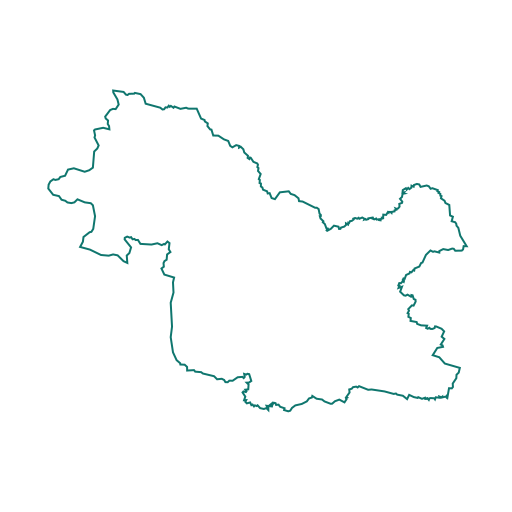 Mueang Sa Kaeo, Sa Kaeo, Thailand (Robinson projection), rotated 275°
{"feature_id": "78962969B70177105143831", "entity_name": "Mueang Sa Kaeo", "entity_type": "district", "adm_level": 2, "iso_a3": "THA", "parent_name": "Thailand", "parent_adm1": "Sa Kaeo", "projection": "robinson", "projection_center": [102.097, 13.939], "detail": "fine", "context": "isolated", "style": "outline", "palette": "teal", "viewbox_px": 512, "rotation_deg": 275, "n_neighbors": 0, "source": "geoboundaries", "source_scale": "gbopen_adm2", "svg_char_len": 6117}
<svg xmlns="http://www.w3.org/2000/svg" viewBox="0 0 512 512"><g transform="rotate(275 256 256)"><path d="M131.7,459.0L141.1,459.8L141.2,462.6L142.7,463.6L146.1,463.1L151.7,466.2L155.2,466.1L157.5,468.1L162.3,468.8L165.3,453.5L171.1,447.4L172.6,440.7L180.2,444.6L181.8,450.2L183.2,449.6L183.9,447.8L189.8,450.9L191.8,448.0L197.3,450.0L199.7,447.2L201.5,441.6L201.5,440.5L199.8,440.2L198.7,438.1L198.6,436.0L199.6,435.0L198.5,433.4L199.1,431.8L201.5,432.5L201.3,426.5L202.4,422.5L204.2,421.8L204.8,415.6L207.7,415.6L208.7,413.1L211.7,413.2L212.3,412.0L214.8,413.2L216.3,412.3L220.4,415.6L220.3,417.3L224.5,419.0L226.3,418.7L226.9,416.9L230.5,415.4L230.6,414.5L229.4,415.0L228.9,414.1L230.7,410.3L229.5,408.5L229.7,406.8L233.0,402.7L238.1,404.1L236.6,400.8L238.9,401.5L239.1,400.4L241.5,401.1L241.5,402.7L243.7,404.5L243.1,405.4L244.1,405.6L245.0,404.3L246.5,404.9L246.2,406.1L250.2,407.2L252.0,410.4L253.6,410.8L253.3,412.3L255.8,414.0L255.4,414.9L257.4,415.1L259.7,419.6L263.4,421.1L264.0,422.4L271.9,425.2L276.7,429.3L275.6,432.0L276.2,433.3L275.4,438.3L276.9,438.2L279.2,441.9L278.7,446.9L280.5,450.8L280.4,452.4L278.6,454.0L279.3,460.5L280.6,461.7L283.9,462.0L284.1,465.0L294.0,457.7L301.7,455.1L303.7,453.1L305.5,452.7L307.0,451.5L307.7,447.9L312.3,448.7L313.3,445.8L323.7,444.1L325.3,440.1L327.5,439.0L329.6,435.2L331.8,435.6L332.2,434.4L334.0,434.2L334.7,432.4L335.7,432.8L336.3,431.1L337.5,431.3L338.9,425.8L338.2,424.1L340.5,422.1L341.1,419.9L339.2,413.9L341.5,412.4L341.8,410.0L340.5,407.2L338.8,407.0L339.6,404.8L337.6,404.8L336.0,403.0L337.1,401.7L335.2,400.3L336.6,399.4L334.5,396.5L331.8,396.4L332.3,398.0L331.4,397.5L331.2,398.3L330.7,396.6L327.5,396.3L325.5,394.5L322.9,397.0L321.7,396.9L320.4,394.2L317.7,394.7L315.9,393.5L315.1,392.3L315.5,391.0L314.3,391.7L313.6,390.1L312.5,390.1L311.8,387.4L310.7,387.3L311.6,386.1L311.5,384.6L310.7,384.4L311.3,383.6L308.3,382.1L308.3,379.2L305.6,379.3L305.3,378.3L304.5,379.0L303.7,377.0L302.4,377.0L302.5,375.4L303.3,375.2L302.8,373.0L303.8,372.4L302.8,370.6L303.3,369.1L303.7,369.5L304.5,369.0L303.3,364.6L302.5,364.6L301.7,362.5L302.4,361.8L301.8,360.7L302.5,360.9L303.6,358.5L302.1,355.7L303.0,354.9L302.0,353.6L302.5,351.4L301.7,349.7L300.9,350.1L299.3,348.3L298.9,346.6L296.9,345.8L297.2,345.0L295.3,344.9L296.3,342.8L294.8,343.0L293.0,341.4L291.7,338.2L290.4,337.7L290.2,336.4L292.4,335.6L293.0,331.0L289.6,328.2L287.3,324.7L287.7,324.1L289.6,325.0L289.8,323.7L293.8,321.8L295.5,319.6L296.5,320.1L299.0,317.0L301.3,316.1L301.6,317.1L302.7,316.9L303.7,315.6L308.2,314.3L309.4,312.3L309.2,310.7L314.3,297.7L314.4,294.1L317.2,293.3L320.0,289.1L320.9,285.2L323.3,283.0L321.5,274.2L314.3,269.9L315.1,266.5L319.8,264.1L319.3,262.2L321.4,261.4L322.7,257.2L324.8,256.4L325.7,254.8L328.6,254.6L329.0,253.2L332.1,253.2L332.8,252.1L338.1,253.5L340.9,250.6L343.8,250.8L344.7,249.6L347.1,250.0L348.3,249.2L349.6,245.2L353.4,242.2L353.6,241.4L352.0,240.9L353.0,239.1L355.1,239.3L358.1,235.3L361.2,234.1L363.5,231.3L362.5,229.7L364.2,229.7L364.7,226.6L362.2,223.0L363.5,220.7L368.2,218.3L369.4,213.9L372.6,208.0L372.3,202.9L378.0,200.6L378.1,199.3L381.2,196.3L383.9,196.4L385.6,193.3L387.0,192.9L388.1,189.3L397.6,184.1L396.9,175.6L397.6,173.5L396.0,167.9L397.8,161.7L396.5,160.9L398.1,158.1L397.1,157.1L398.1,156.0L396.2,154.8L396.2,152.9L394.2,151.7L393.8,150.1L395.4,147.7L398.1,132.8L403.9,130.5L407.2,126.9L407.9,121.1L407.1,120.5L406.5,115.4L405.2,114.0L405.4,112.4L407.9,109.8L408.4,99.3L406.5,99.6L399.9,104.3L394.9,106.0L390.1,103.4L390.1,100.7L388.7,98.0L381.7,93.6L379.9,94.3L378.1,96.8L374.6,96.8L372.6,98.3L369.4,98.9L370.4,92.6L368.0,84.6L367.0,83.7L362.1,85.2L360.0,84.8L352.4,89.6L349.2,88.5L346.0,85.7L329.8,85.8L326.9,82.4L325.0,78.0L327.5,66.9L325.7,61.2L319.3,58.8L317.7,54.2L315.3,52.7L314.3,49.5L314.8,47.5L312.3,44.6L309.0,43.2L305.1,43.2L299.3,48.6L298.5,54.5L295.1,57.4L294.4,61.2L292.9,63.5L292.6,67.5L293.6,70.4L296.9,73.2L294.5,80.8L294.2,86.8L292.3,89.1L281.6,92.2L268.8,91.5L265.7,89.9L265.2,88.2L259.9,82.5L255.1,82.3L249.7,80.0L247.9,90.0L243.5,101.5L243.5,109.3L245.1,113.5L244.6,118.1L239.3,124.5L237.9,128.4L245.2,127.2L247.9,129.6L253.7,130.8L261.1,123.7L262.7,123.7L264.1,126.0L263.3,128.7L263.9,129.9L261.9,131.6L262.4,133.4L261.4,134.7L261.7,137.0L258.0,139.8L258.3,150.9L260.1,156.7L258.6,161.1L260.0,163.3L259.6,164.2L262.7,166.5L261.3,168.7L255.1,168.5L252.5,170.4L249.8,167.3L244.5,167.3L243.0,165.3L240.9,164.5L237.3,165.1L235.3,162.9L229.5,166.3L227.4,176.3L222.5,175.6L212.4,177.0L202.0,175.1L178.3,178.5L167.7,178.1L152.8,181.7L145.3,186.0L142.6,189.8L141.3,190.1L141.5,194.4L139.5,197.0L135.9,197.4L136.9,204.2L135.5,205.5L135.5,211.5L134.3,213.3L132.6,224.7L129.8,228.0L130.7,232.6L129.7,235.1L127.7,236.5L127.8,238.8L129.5,240.3L129.7,243.6L133.6,248.3L134.4,253.0L133.3,254.4L134.6,255.3L137.5,254.5L137.0,256.6L137.9,257.7L137.7,259.5L131.1,262.2L129.3,260.0L129.0,257.8L127.3,259.8L122.5,259.9L121.9,257.1L120.5,258.3L119.6,257.8L120.0,255.3L118.9,254.5L115.0,257.6L111.3,256.7L111.6,258.8L109.8,258.1L108.4,259.7L109.6,262.9L107.0,264.4L107.7,265.5L106.0,267.1L107.1,267.9L106.6,269.8L107.4,270.6L104.8,273.4L104.3,277.2L105.4,279.6L103.6,281.7L106.0,281.5L105.9,280.7L107.7,279.6L107.5,285.0L108.7,285.2L109.0,283.1L111.3,285.5L110.4,286.1L111.3,287.0L111.1,288.3L109.4,289.0L109.9,291.4L107.9,293.2L106.8,297.7L105.0,297.4L104.1,301.7L104.9,303.6L107.8,305.1L110.6,308.2L112.6,314.5L115.6,319.3L118.7,321.2L119.9,324.0L121.5,324.3L119.1,328.8L118.8,334.3L117.1,336.9L115.3,343.2L115.5,344.7L118.2,347.3L120.2,351.5L117.9,356.9L121.3,358.7L122.3,358.0L122.9,359.1L123.4,358.3L128.2,361.1L131.2,360.5L132.1,362.9L133.8,364.1L134.6,367.2L133.9,368.7L135.3,370.0L132.5,379.4L133.1,382.8L132.3,395.8L130.6,405.2L131.2,407.4L130.2,408.7L129.6,414.5L126.6,419.0L131.0,420.7L129.2,425.5L128.7,429.4L129.5,429.9L128.2,433.8L129.5,436.7L128.6,436.9L129.1,438.4L128.5,438.2L128.7,439.7L127.7,440.7L129.3,441.2L129.7,442.4L129.8,446.0L128.8,446.8L130.9,447.4L130.8,451.3L132.0,450.9L131.4,453.0L132.0,453.7L131.3,453.7L132.5,457.3L131.9,457.9L132.8,458.1L131.7,459.0Z" fill="none" stroke="#0f766e" stroke-width="2"/></g></svg>